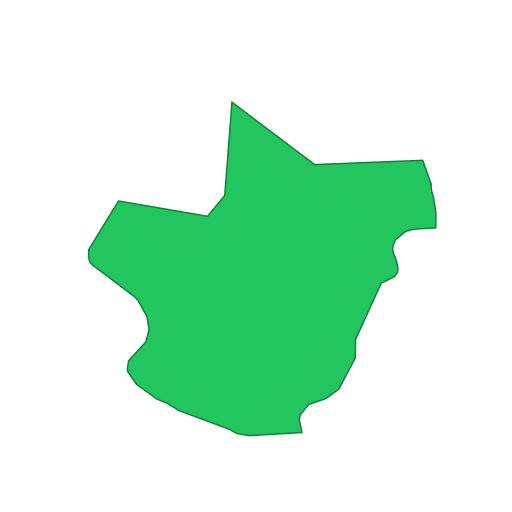 the border of Sutton, rotated 125°
{"feature_id": "GBR-2076", "entity_name": "Sutton", "entity_type": "London Borough", "adm_level": 1, "iso_a3": "GBR", "parent_name": "United Kingdom", "parent_adm1": "", "projection": "mercator", "projection_center": [-0.168, 51.354], "detail": "fine", "context": "isolated", "style": "filled", "palette": "green", "viewbox_px": 512, "rotation_deg": 125, "n_neighbors": 0, "source": "natural_earth", "source_scale": "10m", "svg_char_len": 817}
<svg xmlns="http://www.w3.org/2000/svg" viewBox="0 0 512 512"><g transform="rotate(125 256 256)"><path d="M317.4,111.8L332.6,116.9L347.4,127.7L360.6,128.6L365.2,126.7L374.3,117.1L407.0,158.5L412.0,169.1L412.5,171.2L413.2,178.2L426.8,230.3L427.5,243.4L430.0,254.8L429.7,280.1L424.4,294.5L422.7,296.4L414.8,300.3L389.4,297.0L377.4,301.5L368.2,310.6L360.2,326.9L359.0,332.5L357.2,384.7L356.6,387.4L355.7,389.4L353.0,392.6L346.5,396.7L289.8,400.2L251.3,318.5L224.4,316.3L143.8,363.9L147.5,260.4L82.0,174.3L96.6,153.7L100.1,151.3L102.0,149.4L106.4,144.0L116.5,134.2L121.8,130.3L129.9,124.9L143.4,142.0L150.2,147.6L162.6,151.1L168.6,149.8L172.1,147.9L175.0,145.0L179.0,138.5L184.6,132.7L188.0,130.7L193.3,130.7L206.5,137.8L267.2,126.6L282.6,116.2L317.4,111.8Z" fill="#22c55e" stroke="#15803d" stroke-width="1.5"/></g></svg>